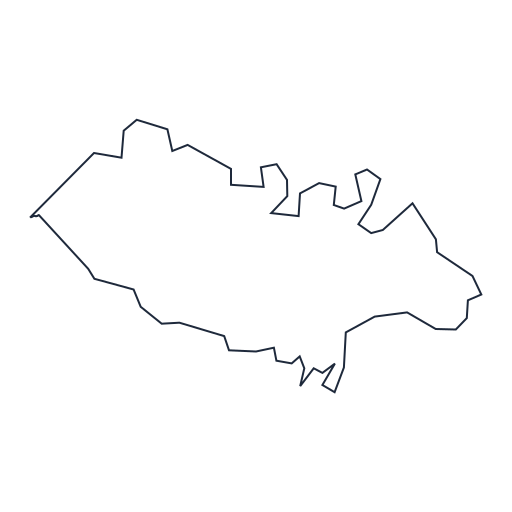 outline of New Kent, Virginia, United States of America
{"feature_id": "52423323B69820682895113", "entity_name": "New Kent", "entity_type": "district", "adm_level": 2, "iso_a3": "USA", "parent_name": "United States of America", "parent_adm1": "Virginia", "projection": "robinson", "projection_center": [-77.003, 37.502], "detail": "fine", "context": "isolated", "style": "outline", "palette": "slate", "viewbox_px": 512, "rotation_deg": 0, "n_neighbors": 0, "source": "geoboundaries", "source_scale": "gbopen_adm2", "svg_char_len": 1056}
<svg xmlns="http://www.w3.org/2000/svg" viewBox="0 0 512 512"><path d="M435.9,239.3L412.5,203.3L382.8,230.0L371.2,233.1L358.4,224.2L371.2,204.8L380.4,179.1L367.0,169.5L355.3,174.4L361.4,201.1L344.1,208.6L333.8,205.0L335.7,186.6L319.1,183.1L300.0,193.4L298.6,216.1L271.2,213.1L287.3,196.1L287.0,179.9L276.6,164.2L260.9,167.3L263.6,186.9L231.0,184.8L231.0,168.9L187.6,144.9L172.3,151.0L167.4,129.3L136.7,119.8L123.7,130.7L121.5,157.7L94.0,153.0L30.7,216.9L31.0,217.2L31.7,217.0L33.0,216.3L33.1,216.0L33.7,215.8L34.1,216.0L34.6,215.9L35.3,216.0L36.0,216.3L36.8,216.0L37.2,216.0L37.7,215.8L38.0,215.4L38.5,215.1L39.0,215.2L88.2,268.8L94.4,278.8L133.6,289.5L140.7,306.8L161.7,323.7L179.4,322.7L224.2,336.1L229.0,350.3L256.0,351.5L273.9,347.7L276.4,360.7L291.7,363.4L299.7,356.4L304.3,368.3L300.2,386.1L313.7,368.3L322.4,372.9L334.9,363.6L322.4,385.0L334.6,392.2L343.9,367.5L345.8,332.4L374.7,316.6L407.1,312.4L435.7,329.0L455.8,329.5L466.8,318.1L467.9,300.3L481.3,294.5L472.5,276.0L437.1,252.2L435.9,239.3Z" fill="none" stroke="#1e293b" stroke-width="2"/></svg>